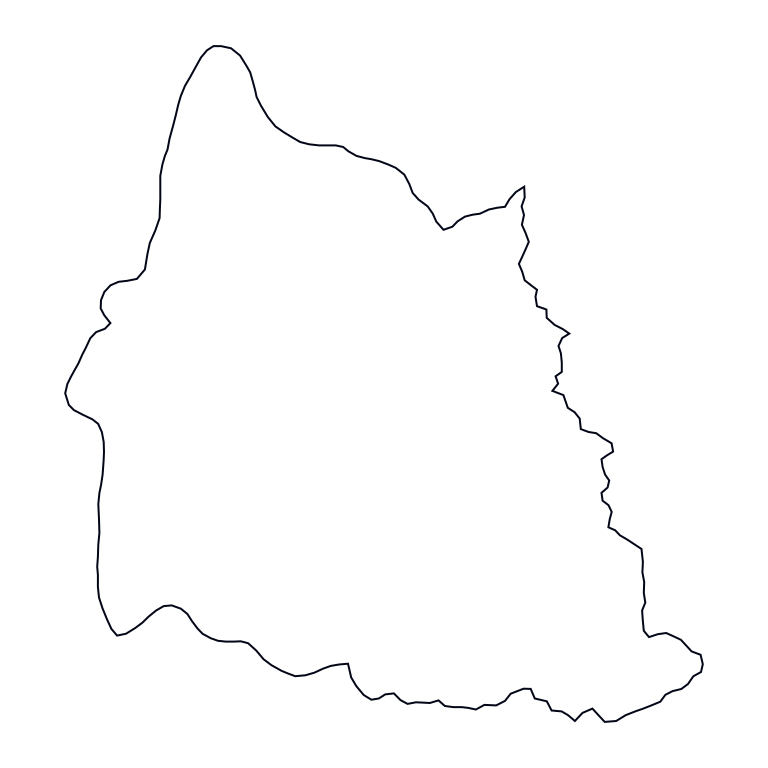 outline of Josenópolis, Minas Gerais, Brazil
{"feature_id": "56859067B6058269731214", "entity_name": "Josenópolis", "entity_type": "district", "adm_level": 2, "iso_a3": "BRA", "parent_name": "Brazil", "parent_adm1": "Minas Gerais", "projection": "albers", "projection_center": [-42.539, -16.52], "detail": "fine", "context": "isolated", "style": "outline", "palette": "ink", "viewbox_px": 768, "rotation_deg": 0, "n_neighbors": 0, "source": "geoboundaries", "source_scale": "gbopen_adm2", "svg_char_len": 3232}
<svg xmlns="http://www.w3.org/2000/svg" viewBox="0 0 768 768"><path d="M574.9,721.0L582.5,712.9L592.4,708.6L598.1,714.8L604.7,721.9L616.2,721.0L625.6,715.2L635.5,711.3L643.0,708.7L651.4,705.4L660.3,701.7L665.4,694.8L672.6,691.1L681.3,689.0L688.0,684.0L693.3,676.3L701.0,672.0L702.8,664.2L700.6,654.8L691.6,651.4L685.9,645.2L680.9,639.8L673.7,636.4L666.2,633.0L657.8,634.2L649.0,637.1L643.8,630.8L642.8,620.3L642.1,610.5L645.3,602.6L643.8,593.0L644.2,582.0L642.4,572.4L642.9,561.9L641.5,549.0L633.2,543.5L626.8,539.3L619.9,535.3L615.2,530.3L608.4,527.3L609.7,519.4L611.7,511.9L608.5,505.2L602.6,500.7L601.5,492.8L607.6,487.5L609.2,480.5L605.1,474.6L602.6,467.0L601.5,459.2L606.9,455.4L613.1,451.6L611.6,443.3L603.0,438.2L596.2,433.2L588.6,432.0L580.8,429.1L579.7,418.6L574.6,412.2L567.8,407.8L563.4,395.1L552.4,390.9L558.1,383.7L555.6,376.3L561.8,371.9L561.8,362.8L560.9,353.3L558.5,346.0L562.2,338.0L569.3,333.6L562.8,329.1L554.6,324.9L546.7,317.8L546.4,309.5L537.0,306.2L535.5,296.8L537.0,289.8L530.8,285.1L524.7,280.3L522.2,271.7L518.9,263.9L522.6,255.9L525.8,248.8L528.8,241.8L525.5,232.8L521.9,224.8L524.0,215.0L521.6,206.4L524.7,197.5L524.2,186.7L515.9,192.0L509.6,199.1L505.0,206.8L497.5,207.7L488.9,209.5L479.9,213.7L472.6,214.7L465.0,216.6L457.5,221.4L452.4,226.7L443.5,229.8L436.3,221.6L432.8,213.7L427.7,206.4L418.7,199.7L412.7,193.0L409.3,184.0L404.3,174.6L395.7,167.8L388.2,164.5L379.2,161.1L371.3,159.2L364.9,158.1L356.5,155.9L348.4,151.3L343.2,147.0L335.8,145.4L326.4,145.4L319.1,145.4L309.2,144.3L300.1,142.0L291.9,137.2L283.7,132.2L275.4,126.4L267.8,117.0L261.2,106.1L256.6,97.0L255.1,90.0L252.6,80.7L250.2,72.4L246.5,65.9L240.1,55.6L231.1,48.3L221.0,46.1L213.5,46.1L207.0,50.3L201.1,57.3L195.8,66.8L190.3,76.8L185.0,85.8L180.8,96.0L178.2,104.9L175.8,115.2L173.1,125.7L169.6,138.4L167.5,149.6L164.9,155.9L162.4,164.5L160.3,175.8L160.3,186.7L160.3,199.4L159.9,208.5L159.6,218.1L155.3,230.5L149.8,243.0L147.4,254.2L144.9,269.5L136.9,278.9L127.3,280.8L118.6,281.8L110.5,285.3L104.3,292.0L101.0,300.2L100.7,308.5L104.3,315.3L110.4,323.1L105.0,328.7L96.1,332.1L90.3,338.2L86.0,347.4L82.1,355.0L78.5,363.2L74.5,370.3L71.2,376.3L67.4,383.9L65.2,393.3L68.8,404.9L73.9,410.1L83.1,414.9L92.5,419.4L98.2,423.9L101.9,432.2L103.7,442.0L104.0,451.9L103.6,461.0L102.6,474.6L101.1,484.7L99.4,493.0L98.3,504.1L99.0,519.1L99.4,533.0L98.3,544.5L97.9,556.9L97.2,566.7L97.9,574.9L97.9,587.0L99.0,597.5L102.4,608.0L106.9,619.1L111.4,628.9L117.1,635.6L126.1,633.7L135.4,627.9L142.6,622.5L148.6,616.6L156.1,610.5L163.7,606.1L171.7,605.4L180.9,608.7L187.4,614.0L192.1,621.3L197.6,628.6L202.6,633.8L210.7,638.2L218.0,640.8L225.8,641.6L233.7,641.6L240.7,641.3L248.1,643.2L256.3,650.6L263.5,659.2L271.5,665.2L281.5,670.8L288.0,673.5L295.2,676.2L305.3,675.3L314.3,672.7L323.2,668.6L330.8,665.9L339.0,664.5L348.0,663.7L351.2,677.5L356.3,686.1L363.8,695.1L371.4,699.7L378.8,698.5L385.2,694.4L393.9,693.4L400.5,700.1L407.6,703.9L415.9,702.3L422.7,702.6L429.8,703.0L438.5,700.4L444.9,706.0L453.2,707.1L461.7,707.1L468.3,707.9L475.9,709.5L484.4,704.9L496.2,705.4L505.0,700.9L510.7,693.7L517.4,691.1L523.6,688.7L530.7,688.9L534.8,698.5L546.8,701.3L551.6,710.5L561.6,711.4L568.1,715.2L574.9,721.0Z" fill="none" stroke="#020617" stroke-width="2"/></svg>